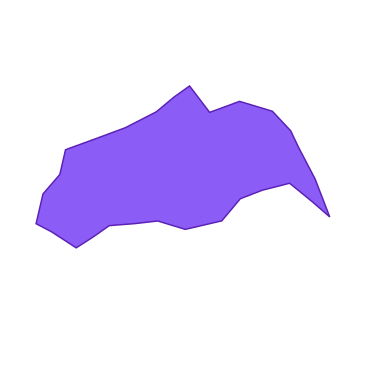 Masari, Cyprus, rotated 303°
{"feature_id": "46923920B88721309897809", "entity_name": "Masari", "entity_type": "district", "adm_level": 2, "iso_a3": "CYP", "parent_name": "Cyprus", "parent_adm1": "", "projection": "equal_earth", "projection_center": [33.076, 35.181], "detail": "fine", "context": "isolated", "style": "filled", "palette": "violet", "viewbox_px": 384, "rotation_deg": 303, "n_neighbors": 0, "source": "geoboundaries", "source_scale": "gbopen_adm2", "svg_char_len": 532}
<svg xmlns="http://www.w3.org/2000/svg" viewBox="0 0 384 384"><g transform="rotate(303 192 192)"><path d="M167.9,69.9L158.6,62.9L134.7,71.6L109.2,68.1L80.5,78.5L82.1,95.8L82.1,125.3L101.2,133.9L118.7,140.9L134.7,161.7L149.0,179.0L157.0,206.7L184.0,232.7L212.7,236.2L231.8,250.0L252.5,269.1L249.3,298.5L246.1,321.1L256.4,306.9L270.0,288.1L287.5,257.0L297.1,241.4L303.5,215.4L293.9,182.5L268.4,163.4L279.6,132.2L262.1,125.3L239.8,118.4L209.5,101.0L184.0,82.0L167.9,69.9Z" fill="#8b5cf6" stroke="#5b21b6" stroke-width="1.5"/></g></svg>